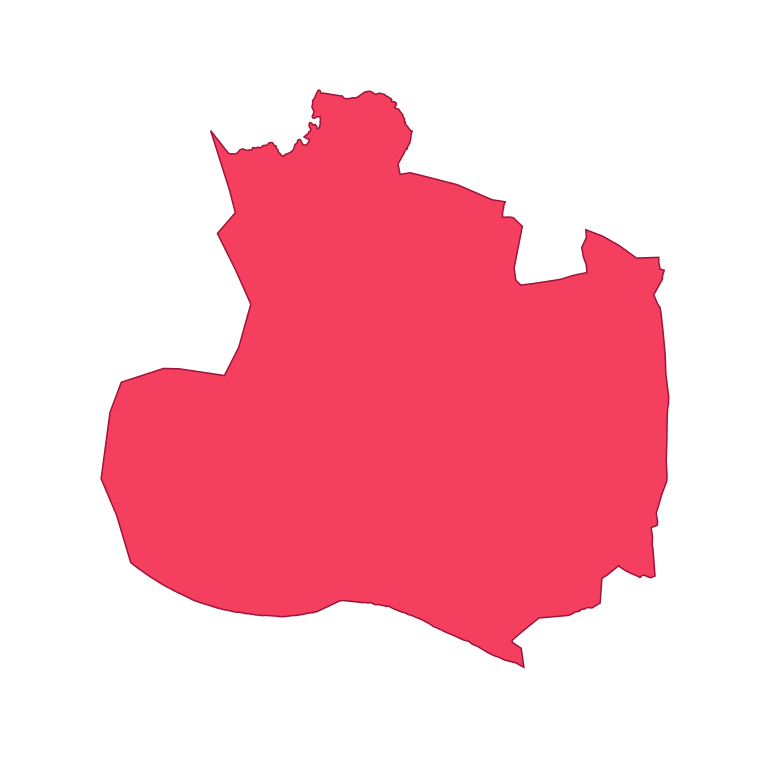 Keta Municipal, Volta, Ghana (Mercator projection), rotated 82°
{"feature_id": "2480657B20833842549797", "entity_name": "Keta Municipal", "entity_type": "district", "adm_level": 2, "iso_a3": "GHA", "parent_name": "Ghana", "parent_adm1": "Volta", "projection": "mercator", "projection_center": [0.862, 5.938], "detail": "fine", "context": "isolated", "style": "filled", "palette": "rose", "viewbox_px": 768, "rotation_deg": 82, "n_neighbors": 0, "source": "geoboundaries", "source_scale": "gbopen_adm2", "svg_char_len": 6092}
<svg xmlns="http://www.w3.org/2000/svg" viewBox="0 0 768 768"><g transform="rotate(82 384 384)"><path d="M310.3,90.7L308.6,94.6L301.1,94.9L296.8,94.3L295.1,110.3L294.4,116.5L279.9,131.5L268.2,146.7L259.3,162.7L267.1,163.2L276.3,169.2L285.7,168.9L294.3,167.1L302.0,167.6L302.1,171.5L302.9,182.6L304.8,193.4L305.0,197.7L305.3,221.2L305.1,234.7L299.7,239.0L287.2,239.0L247.2,225.1L237.4,232.7L236.2,236.1L235.3,243.6L233.2,243.1L229.3,242.3L227.6,241.5L225.4,240.8L224.2,240.7L220.4,238.6L216.8,250.8L215.7,252.8L196.9,283.6L182.0,319.7L178.5,328.6L178.6,338.9L167.9,339.5L166.9,338.6L164.7,337.0L164.0,336.4L163.0,335.5L162.2,335.2L159.4,332.9L158.6,332.3L157.0,331.4L154.8,329.8L154.5,328.2L153.0,328.3L151.8,327.1L150.0,325.9L149.3,325.2L148.3,324.6L147.0,324.3L145.1,323.5L140.5,322.4L137.5,320.9L137.3,321.0L136.9,322.4L135.8,323.0L135.0,323.6L133.0,324.5L130.8,325.8L130.1,326.2L129.0,326.8L127.6,326.3L126.7,327.2L124.4,326.8L121.8,328.0L120.3,327.8L116.9,329.8L114.0,331.2L112.5,334.1L112.1,334.6L111.6,334.8L111.4,334.8L109.9,333.5L108.8,332.9L107.4,332.9L106.3,333.9L106.0,334.4L105.7,335.2L105.3,337.2L105.1,337.6L104.3,337.5L103.5,336.8L103.0,336.8L99.4,341.0L98.8,342.2L97.8,342.7L96.8,343.9L96.7,344.4L96.6,345.5L95.7,347.0L95.4,347.6L95.5,350.1L96.3,351.6L92.8,356.0L92.2,357.2L92.0,358.2L92.1,361.9L92.4,362.7L93.3,364.8L94.2,366.3L94.5,367.0L95.9,369.7L96.3,370.6L96.5,371.3L96.6,372.1L96.4,374.3L96.1,375.0L96.3,376.8L96.5,377.9L96.3,381.6L95.7,383.3L95.3,383.9L94.5,384.5L92.9,385.3L92.8,385.7L92.9,386.1L87.4,404.0L87.6,404.3L87.3,405.9L87.0,406.1L85.2,406.3L84.2,406.8L84.0,407.0L84.1,408.3L84.3,408.6L84.8,409.0L85.9,409.8L87.6,410.8L89.5,412.1L90.7,412.6L91.6,413.3L93.3,415.2L94.0,415.3L96.6,415.7L97.2,415.8L98.5,416.5L100.0,416.8L101.1,416.6L101.9,416.3L102.3,416.0L103.2,415.7L104.1,415.6L105.6,415.8L108.9,417.8L109.3,417.9L110.2,417.7L110.6,417.4L111.0,416.7L110.9,414.9L110.1,413.3L110.2,411.2L110.5,410.2L113.6,410.2L115.0,410.7L117.7,411.0L120.0,411.9L120.8,412.4L122.0,413.7L121.9,414.3L121.3,414.9L119.6,414.7L117.4,416.0L117.7,417.6L117.6,418.1L117.2,418.6L115.4,419.4L115.0,421.2L115.5,421.6L116.2,421.9L117.6,422.3L119.2,422.1L121.1,421.1L122.8,421.3L123.0,421.4L123.2,421.9L123.6,423.0L123.8,423.3L125.3,424.2L128.2,428.8L132.1,423.7L132.9,424.2L133.9,425.0L134.2,425.4L135.7,426.6L136.3,427.4L136.4,428.8L136.3,429.8L135.1,431.2L134.8,431.4L132.8,431.9L130.4,433.0L130.0,433.7L130.3,434.9L130.4,435.2L131.8,436.1L133.1,436.3L133.4,436.7L134.1,438.3L134.5,438.8L137.8,440.3L139.4,441.3L140.3,442.3L141.8,445.0L142.5,447.5L142.8,449.7L144.5,451.7L143.0,454.2L142.0,454.4L141.0,455.1L140.2,456.0L139.3,456.2L137.6,456.4L135.2,457.9L134.1,457.8L133.3,457.8L133.2,458.0L132.8,459.2L132.3,459.5L130.3,460.4L129.7,460.7L129.3,461.3L129.1,463.4L129.4,464.5L131.0,466.4L131.2,467.3L131.0,470.0L131.1,470.8L132.5,472.3L132.9,473.3L132.8,474.0L132.5,474.4L132.0,475.5L132.0,476.0L132.5,478.4L131.8,480.0L131.6,480.6L131.7,481.0L132.1,481.5L132.6,481.9L133.5,482.2L133.9,482.8L133.9,483.3L133.8,483.8L133.4,484.3L133.4,485.0L133.6,485.5L133.7,486.0L133.2,488.3L131.5,491.0L131.9,493.8L134.4,496.7L135.5,498.6L135.3,500.0L135.1,500.7L134.9,503.0L134.7,503.2L134.7,504.0L134.6,504.7L134.3,505.2L133.1,506.4L132.8,506.6L131.8,506.9L129.3,508.8L129.0,508.9L128.7,509.2L127.7,509.5L109.0,520.4L170.5,510.0L193.7,507.4L211.7,528.0L250.4,515.1L286.4,504.8L327.6,522.8L353.4,540.9L340.5,584.6L337.9,600.1L345.7,643.9L374.0,659.3L438.4,677.3L477.0,667.0L525.4,659.7L531.3,654.2L535.0,650.1L537.1,648.1L542.8,641.9L543.0,641.5L543.5,641.1L548.8,634.6L550.2,633.2L555.2,626.7L555.8,625.5L559.7,620.5L559.9,620.0L562.3,616.7L563.6,614.5L568.0,607.9L571.9,602.4L572.7,600.5L574.4,597.5L580.0,585.5L580.6,584.6L581.2,583.1L582.8,579.7L583.0,579.6L582.9,579.3L585.1,574.2L587.5,567.0L588.7,564.4L589.3,562.2L590.2,558.1L592.1,552.9L592.7,549.8L595.1,542.1L595.0,541.9L596.5,536.5L596.6,534.1L597.7,528.4L598.0,527.3L599.0,522.2L599.5,521.2L600.3,517.1L600.5,515.2L600.6,506.7L600.6,505.8L600.9,504.5L601.0,501.0L600.9,500.7L600.9,496.1L600.5,493.4L600.5,491.7L600.4,491.4L600.5,485.8L600.3,484.9L600.1,482.1L592.6,457.9L592.7,454.6L593.3,452.5L593.3,451.8L593.9,450.1L594.2,447.9L594.5,447.5L594.6,446.4L594.8,446.3L595.8,441.9L596.3,440.4L596.4,439.7L597.1,437.5L597.8,434.2L597.6,433.5L597.9,432.3L598.2,431.3L598.5,430.9L598.7,430.0L598.5,428.0L598.7,427.5L600.7,424.5L600.9,424.0L601.2,423.8L601.5,422.3L601.7,419.6L603.0,416.9L603.6,414.4L604.2,413.6L604.5,412.5L604.6,410.5L607.7,406.1L610.0,402.2L611.1,400.3L612.4,398.0L612.7,397.1L612.7,396.4L615.7,392.0L617.0,389.0L618.1,386.9L619.5,384.9L621.2,381.8L623.7,377.7L624.8,376.5L625.8,375.2L627.1,373.1L630.3,369.6L630.7,369.3L631.5,368.1L632.2,366.6L632.7,365.8L633.8,364.4L634.6,362.9L635.8,360.9L637.2,359.3L639.0,356.2L639.4,355.8L640.2,354.4L640.7,353.3L648.4,341.2L649.7,338.2L650.4,336.3L650.7,335.7L653.3,333.4L654.1,332.5L656.6,328.2L664.5,318.5L667.5,314.1L668.0,313.5L669.6,310.3L670.2,308.9L674.2,302.9L678.5,292.3L684.0,284.9L664.7,284.9L663.9,286.0L660.7,289.4L658.2,292.4L657.3,292.9L656.2,292.8L655.7,292.9L648.6,282.0L637.3,263.2L638.8,234.2L638.7,233.0L638.1,230.3L636.8,227.5L636.4,226.5L636.3,225.4L636.4,224.5L636.3,222.5L636.1,221.9L635.6,221.3L635.1,220.8L634.8,220.2L634.6,219.4L634.8,216.9L633.9,214.6L633.8,213.5L633.9,212.3L634.3,211.0L634.7,209.2L630.9,200.4L606.8,195.3L603.9,189.0L596.5,176.7L597.5,176.4L601.8,171.6L603.2,169.8L606.7,164.4L608.4,161.7L609.5,159.7L611.1,157.7L611.2,157.4L610.9,156.6L609.8,155.4L609.4,154.8L609.4,154.3L609.6,153.4L610.3,151.7L612.4,148.3L612.7,147.4L612.8,146.1L611.8,142.3L583.0,140.5L580.8,141.0L579.0,140.5L577.1,140.1L572.8,139.4L563.4,139.4L561.8,132.9L558.6,132.3L549.9,132.4L548.6,132.0L545.5,130.3L532.2,124.4L519.9,117.7L517.6,117.1L514.7,116.6L498.8,115.1L481.5,112.1L458.3,108.5L448.3,106.7L442.1,104.8L438.6,104.3L437.1,103.9L413.3,103.5L393.4,101.4L369.6,100.3L351.3,99.8L350.0,99.9L346.9,99.9L343.1,101.8L333.2,104.5L319.0,93.7L316.9,93.4L315.2,92.9L313.5,92.2L311.6,91.2L310.3,90.7Z" fill="#f43f5e" stroke="#9f1239" stroke-width="1.5"/></g></svg>